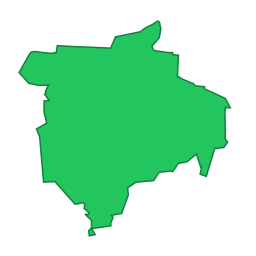 Fronteras, Sonora, Mexico, rotated 265°
{"feature_id": "50627088B83041201608583", "entity_name": "Fronteras", "entity_type": "district", "adm_level": 2, "iso_a3": "MEX", "parent_name": "Mexico", "parent_adm1": "Sonora", "projection": "mercator", "projection_center": [-109.743, 30.828], "detail": "fine", "context": "isolated", "style": "filled", "palette": "green", "viewbox_px": 256, "rotation_deg": 265, "n_neighbors": 0, "source": "geoboundaries", "source_scale": "gbopen_adm2", "svg_char_len": 2059}
<svg xmlns="http://www.w3.org/2000/svg" viewBox="0 0 256 256"><g transform="rotate(265 128 128)"><path d="M230.7,168.6L231.2,168.0L232.0,166.9L228.9,161.2L226.5,154.6L222.8,148.6L219.9,123.5L209.1,117.7L214.6,75.4L214.7,74.9L216.2,64.7L209.6,63.3L209.0,58.0L210.0,52.8L212.4,41.2L211.9,37.8L208.7,35.2L192.7,24.3L181.1,33.2L178.0,43.7L177.7,52.4L171.5,48.9L170.8,48.8L169.6,49.1L168.8,47.9L165.9,49.8L162.2,51.7L162.2,46.7L157.7,46.3L156.6,46.2L151.4,45.8L139.9,47.4L135.0,36.7L132.8,37.4L127.9,39.0L126.3,39.2L113.2,39.2L111.4,39.2L104.0,39.2L81.4,39.2L81.0,50.5L74.3,55.5L57.8,67.8L56.7,68.7L56.7,69.4L57.5,77.1L56.4,77.8L55.4,78.0L54.6,78.0L53.7,77.8L52.9,77.6L52.3,77.6L51.7,77.4L51.1,77.6L50.9,77.8L50.8,78.2L50.7,78.5L50.5,78.9L50.2,79.2L49.9,79.4L49.6,79.5L49.3,79.6L49.0,79.7L48.8,79.8L48.6,79.9L48.4,80.1L48.3,80.4L48.2,80.6L48.0,80.9L48.0,81.0L47.9,81.1L47.8,81.3L47.6,81.4L47.3,81.6L46.9,81.7L46.4,81.6L46.0,81.5L45.8,81.4L45.6,81.1L45.6,80.9L45.4,80.7L45.2,80.5L45.2,80.3L45.2,80.1L45.2,79.9L45.3,79.8L45.6,79.6L45.8,79.4L45.5,79.1L45.2,79.1L45.2,78.9L45.3,78.7L45.5,78.3L45.4,78.1L39.0,83.6L32.1,83.0L28.9,79.9L24.0,80.0L24.4,83.4L24.7,86.0L30.9,83.1L32.1,102.5L33.9,102.5L34.4,102.6L34.9,102.6L35.8,103.1L40.3,105.3L42.5,103.9L43.4,114.2L61.2,122.5L68.3,122.4L73.3,131.0L73.4,149.0L81.2,155.2L81.3,163.0L81.4,166.0L80.7,168.9L84.4,171.8L87.7,174.4L88.3,174.8L88.9,180.1L89.3,184.1L96.1,193.8L89.6,195.4L83.0,196.9L83.3,198.0L80.0,197.1L75.7,195.8L74.9,197.5L74.4,198.6L73.7,200.3L73.0,201.8L77.1,203.4L99.9,212.5L100.1,217.0L100.2,221.1L100.2,221.6L105.2,226.0L108.5,224.0L120.4,224.9L131.4,225.7L136.4,226.0L137.1,226.1L137.9,226.1L137.9,226.7L139.9,226.8L139.2,231.7L148.9,227.5L149.5,226.6L157.5,212.7L160.2,207.6L162.4,207.9L164.1,198.8L166.8,196.7L168.1,193.5L168.7,192.6L172.2,185.9L174.4,183.3L174.6,181.7L196.1,184.6L197.2,179.1L199.2,179.1L199.6,175.0L202.4,162.5L203.4,160.3L207.4,158.9L215.2,167.0L224.0,169.4L225.7,169.2L227.1,168.7L227.5,169.0L228.9,168.8L230.7,168.6Z" fill="#22c55e" stroke="#15803d" stroke-width="1.5"/></g></svg>